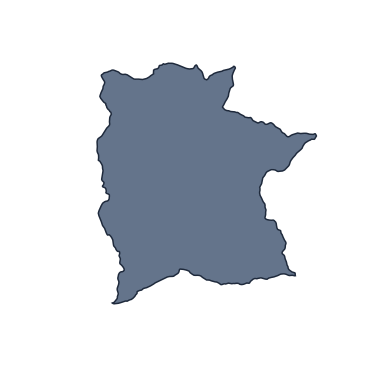 outline of Tangsibji, Tongsa, Bhutan, rotated 21°
{"feature_id": "84629894B49334077876628", "entity_name": "Tangsibji", "entity_type": "district", "adm_level": 2, "iso_a3": "BTN", "parent_name": "Bhutan", "parent_adm1": "Tongsa", "projection": "robinson", "projection_center": [90.389, 27.406], "detail": "fine", "context": "isolated", "style": "filled", "palette": "slate", "viewbox_px": 384, "rotation_deg": 21, "n_neighbors": 0, "source": "geoboundaries", "source_scale": "gbopen_adm2", "svg_char_len": 6010}
<svg xmlns="http://www.w3.org/2000/svg" viewBox="0 0 384 384"><g transform="rotate(21 192 192)"><path d="M157.4,324.2L158.3,324.4L159.3,324.3L163.1,322.3L165.0,320.9L168.9,317.7L170.8,317.0L171.9,315.6L173.2,314.5L173.8,314.1L174.9,312.5L176.0,310.0L176.3,308.2L176.9,306.8L177.0,306.3L176.5,304.9L176.7,304.4L178.1,302.9L180.1,301.6L181.1,299.7L181.7,299.1L184.0,297.5L186.9,294.5L189.1,291.7L190.3,289.9L199.5,280.1L201.2,279.0L204.4,277.6L205.1,277.1L206.3,275.2L207.1,274.3L208.1,272.8L208.4,271.4L208.1,269.0L208.3,268.5L208.6,268.2L211.8,267.3L214.8,266.9L217.4,266.9L217.9,267.1L219.2,268.0L221.8,268.7L223.7,269.0L225.3,268.5L226.9,267.8L229.0,267.2L230.7,267.3L232.2,267.9L237.1,268.9L239.8,268.0L242.0,268.0L245.8,267.6L247.3,267.2L249.5,267.4L252.1,268.1L253.0,267.8L254.6,266.4L255.1,266.1L256.4,265.8L258.7,264.0L261.9,263.4L263.8,262.4L264.9,262.1L265.7,261.5L267.5,260.8L268.6,260.7L269.7,261.0L270.4,260.9L271.6,260.6L272.5,260.1L273.3,259.6L275.8,257.3L277.2,257.0L278.2,256.5L278.4,256.0L278.6,254.6L279.0,253.8L280.4,251.3L281.7,250.2L283.8,249.7L284.1,249.3L287.1,247.4L291.6,247.0L293.1,246.6L293.5,246.4L294.0,245.5L294.7,244.7L296.8,243.2L298.9,241.9L302.0,239.3L304.1,237.0L305.0,236.5L306.8,235.6L308.3,235.2L309.3,235.1L311.8,235.2L312.8,235.1L315.5,233.8L318.0,233.4L318.5,233.1L318.1,232.6L317.8,231.7L317.5,231.3L317.4,230.9L316.9,230.6L313.9,230.8L311.0,230.0L310.0,229.5L309.1,228.7L308.3,227.3L306.9,226.1L305.2,223.5L302.9,221.0L301.4,218.7L300.5,218.0L298.5,217.3L298.0,216.8L297.8,216.0L297.8,215.3L299.0,212.0L299.0,211.1L298.7,209.6L298.3,208.6L298.2,206.8L298.1,206.1L297.5,205.2L295.5,203.7L293.1,201.4L291.4,199.5L290.0,198.6L288.6,196.4L287.7,196.2L287.0,196.3L285.5,196.2L285.0,195.9L284.1,195.0L282.7,192.7L282.1,191.5L281.0,190.2L278.9,189.2L277.9,189.1L276.3,189.9L274.2,190.5L271.8,190.9L270.4,190.7L269.7,190.3L269.4,190.0L269.2,189.4L268.9,186.9L268.0,184.5L267.5,182.2L265.8,180.3L265.4,179.5L265.0,178.3L264.3,177.1L261.8,175.5L258.9,172.6L256.6,170.6L256.2,169.8L255.7,169.2L255.1,167.8L254.9,166.3L254.4,164.9L253.9,163.8L253.5,163.3L254.0,159.3L253.0,153.4L253.9,150.6L254.2,147.9L254.5,146.8L255.0,145.9L257.6,143.1L258.1,142.7L260.0,142.0L261.5,141.7L262.4,141.7L264.3,142.1L265.4,141.8L266.4,141.2L269.0,139.9L270.6,138.2L272.9,132.9L273.1,131.5L272.9,128.9L273.0,127.3L273.9,123.9L275.2,120.6L275.6,118.9L276.1,117.6L278.3,113.6L279.1,111.7L279.1,109.7L279.6,107.0L280.2,105.4L282.3,102.6L283.2,101.6L283.5,101.5L284.7,99.9L287.2,99.0L287.5,98.6L288.1,95.1L286.9,93.9L286.1,93.5L285.7,93.7L284.5,94.8L281.0,95.9L278.5,96.1L277.5,96.3L275.6,97.0L272.5,98.5L269.5,99.1L265.1,102.6L264.1,103.7L262.9,105.4L262.0,106.0L261.5,106.1L260.5,106.0L257.4,104.4L255.9,104.3L254.9,104.1L253.6,103.3L252.1,102.0L251.6,101.8L247.1,101.2L245.7,100.7L244.4,99.9L243.5,99.5L241.6,99.0L240.6,99.2L240.1,99.5L238.0,101.7L237.1,102.2L236.6,102.4L235.6,102.3L233.8,101.4L231.9,101.4L230.7,102.0L229.4,103.6L228.5,104.0L223.5,103.5L222.6,103.0L221.0,101.8L220.0,101.5L218.2,102.4L214.8,103.1L214.3,103.0L212.9,102.4L209.4,102.1L206.5,101.4L206.0,101.4L205.1,101.8L203.1,101.9L199.2,103.0L197.2,103.0L195.3,103.5L193.7,103.5L192.8,103.3L192.3,103.1L191.5,102.5L190.5,102.2L190.1,101.9L190.0,101.5L190.4,99.1L190.7,95.7L191.3,92.7L191.6,89.5L190.9,86.5L190.6,81.8L190.8,80.8L192.4,78.1L192.4,77.6L192.1,76.6L189.3,72.2L188.0,69.4L187.8,68.3L187.7,66.3L187.8,63.1L188.1,60.9L187.9,60.5L187.3,59.9L186.5,59.6L185.7,59.9L185.7,60.4L185.5,60.8L183.8,62.8L182.7,63.9L177.7,67.3L176.7,68.5L172.9,71.0L170.2,73.3L169.5,74.2L169.1,75.1L167.3,76.9L167.1,77.4L166.7,78.4L166.7,79.4L166.5,80.4L165.7,81.8L165.5,82.0L163.5,82.0L163.1,81.9L162.3,81.3L159.4,77.5L158.4,76.4L157.1,75.6L153.3,74.2L151.4,72.3L150.6,71.9L150.3,72.0L149.6,73.0L149.2,75.6L149.0,76.1L148.2,76.7L145.5,78.1L143.5,78.5L142.0,78.7L133.0,78.5L128.0,78.8L127.0,79.1L123.7,80.3L120.9,82.5L119.3,82.6L118.3,84.4L116.5,85.4L116.2,85.8L116.3,87.9L115.7,89.2L113.2,90.9L112.5,92.0L113.4,94.8L113.8,95.4L111.6,98.5L111.1,99.6L109.2,102.0L108.4,102.7L105.5,104.7L101.6,105.8L98.3,107.1L97.4,107.3L96.4,107.2L89.5,105.8L87.5,106.0L85.7,106.9L84.3,107.3L82.3,107.1L80.9,106.5L79.9,106.3L75.4,106.3L74.4,106.5L73.5,107.0L72.1,108.5L70.9,109.4L70.3,110.2L67.3,112.2L66.7,113.1L66.4,114.0L65.7,114.8L65.5,115.5L65.9,116.2L66.2,116.6L68.1,118.3L70.6,120.1L71.2,120.9L71.5,122.5L71.2,125.1L71.8,127.6L71.5,131.8L71.6,134.9L71.8,135.9L73.3,137.3L75.9,138.9L77.6,139.8L79.7,140.3L80.4,141.6L81.1,142.1L82.2,143.6L83.5,144.6L85.6,145.5L86.5,146.3L87.6,146.6L88.8,148.2L88.5,151.1L88.6,152.2L89.8,156.1L90.8,158.0L91.0,159.0L90.6,160.5L89.7,162.4L89.4,163.4L87.8,171.6L87.4,172.6L85.4,175.6L85.2,176.1L85.1,177.6L85.4,179.2L87.4,183.7L88.6,187.6L89.5,188.9L91.0,190.3L91.6,191.2L92.6,193.6L93.2,195.9L93.7,196.1L94.7,196.2L95.1,196.4L97.6,198.3L99.0,199.7L100.1,202.1L101.0,203.4L101.4,204.3L103.1,212.5L103.4,212.9L104.1,213.6L106.0,214.4L106.4,214.7L106.6,215.2L106.8,216.8L106.3,218.3L106.4,218.8L107.0,219.2L109.1,219.2L110.0,219.6L110.4,219.9L111.5,221.6L111.7,222.1L111.8,223.2L112.0,223.6L113.0,223.9L115.0,223.9L115.5,224.1L115.9,224.4L116.4,225.6L117.1,228.1L117.0,229.2L116.9,229.7L116.4,230.6L114.7,231.7L114.0,232.4L112.8,234.1L112.5,235.1L112.2,237.2L111.9,242.4L112.0,244.5L112.2,245.5L113.7,247.6L117.9,252.1L120.5,255.3L123.5,257.3L126.2,260.4L127.6,261.8L128.5,262.4L129.0,262.3L129.8,261.7L130.2,261.6L132.1,262.5L133.7,263.7L135.2,265.1L137.7,269.6L138.3,270.4L140.6,271.7L141.6,272.8L142.8,273.7L143.8,274.0L144.3,274.0L145.2,273.6L145.7,273.8L146.0,274.2L146.5,275.2L146.8,277.7L149.0,279.9L149.2,280.4L149.8,283.5L150.2,284.4L150.5,284.8L152.4,285.5L154.2,286.5L155.8,287.7L156.4,288.5L156.7,289.5L156.3,290.5L155.6,291.3L154.3,292.0L153.6,292.8L153.2,293.8L153.0,295.3L153.6,298.9L154.1,299.9L155.8,301.8L156.2,302.7L156.6,304.8L156.7,308.4L156.9,309.4L157.4,310.4L159.3,312.8L159.7,313.7L159.8,316.3L160.3,317.8L160.3,318.4L158.9,322.8L157.4,324.2Z" fill="#64748b" stroke="#1e293b" stroke-width="1.5"/></g></svg>